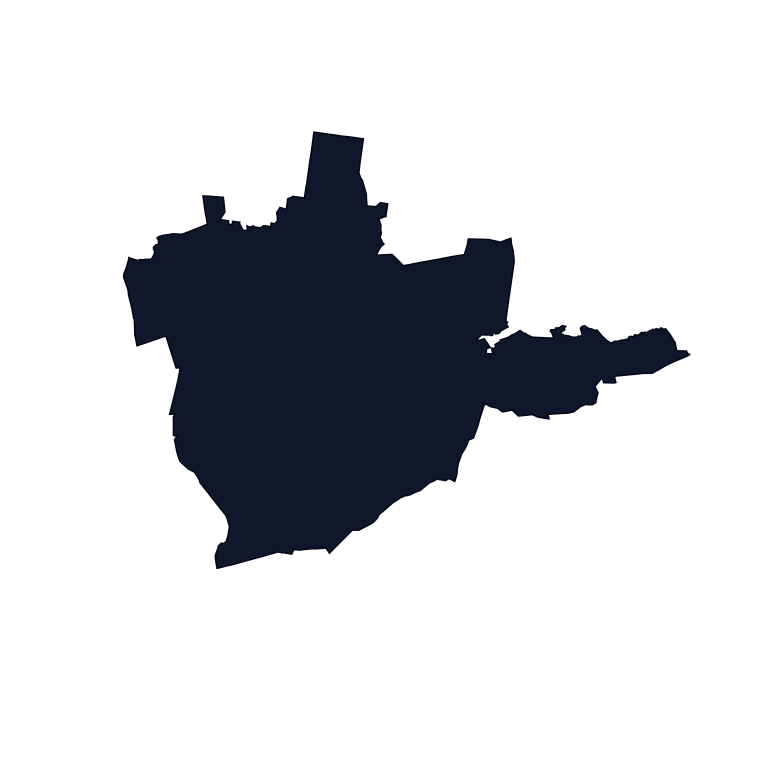 Zasas pag., Jekabpils, Latvia (Mercator projection), rotated 198°
{"feature_id": "27541924B5500268657762", "entity_name": "Zasas pag.", "entity_type": "district", "adm_level": 2, "iso_a3": "LVA", "parent_name": "Latvia", "parent_adm1": "Jekabpils", "projection": "mercator", "projection_center": [25.994, 56.276], "detail": "fine", "context": "isolated", "style": "filled", "palette": "ink", "viewbox_px": 768, "rotation_deg": 198, "n_neighbors": 0, "source": "geoboundaries", "source_scale": "gbopen_adm2", "svg_char_len": 6075}
<svg xmlns="http://www.w3.org/2000/svg" viewBox="0 0 768 768"><g transform="rotate(198 384 384)"><path d="M132.0,522.7L132.4,522.6L132.7,523.1L133.2,523.5L133.4,523.5L133.9,523.1L134.5,522.1L135.4,522.6L136.6,523.0L137.2,522.9L137.6,522.7L138.3,522.7L138.5,522.4L138.1,521.3L138.1,521.0L138.4,520.6L139.7,521.0L140.5,520.8L140.9,520.4L141.4,520.3L141.6,520.7L141.8,520.9L142.1,520.9L142.6,520.5L142.9,519.8L143.1,519.0L143.5,519.0L143.8,519.2L144.4,519.2L145.0,519.1L145.4,518.9L145.7,518.6L145.6,518.1L145.7,517.7L145.9,517.6L146.3,517.7L146.8,517.6L147.9,516.3L149.4,515.0L149.7,514.3L150.1,514.1L152.8,513.6L153.0,513.2L152.9,512.9L153.0,512.7L153.2,512.4L154.0,512.6L154.4,512.8L154.8,512.6L155.3,511.9L155.7,511.7L156.0,511.4L155.9,510.8L156.3,509.8L156.8,509.4L157.1,509.5L157.3,509.4L158.0,508.8L158.1,508.5L158.4,508.4L159.4,508.5L160.6,508.4L160.8,508.2L161.2,507.1L161.1,506.7L161.4,505.7L162.2,505.7L162.3,505.8L164.1,505.6L165.2,504.8L165.6,504.2L166.1,501.7L166.3,501.5L167.0,501.7L169.7,499.7L171.1,499.5L175.1,496.8L178.3,495.7L179.4,494.0L180.7,493.2L181.8,493.2L183.4,493.8L184.1,493.8L185.4,494.2L191.0,496.8L198.2,501.2L198.9,500.2L203.7,500.5L206.7,500.1L211.3,501.5L213.9,499.5L214.4,497.7L210.2,491.2L214.6,489.2L214.8,488.2L219.8,486.6L222.9,486.9L224.3,486.5L226.0,486.5L226.8,485.4L229.0,486.7L230.3,485.8L231.5,486.8L231.5,488.1L228.8,491.6L229.9,492.8L229.0,494.9L232.6,494.6L232.7,494.1L233.7,493.2L234.4,491.7L238.2,490.2L238.0,488.5L238.6,488.2L242.1,487.1L242.2,485.6L240.2,484.5L237.3,480.9L237.2,479.9L257.2,474.4L263.6,475.1L265.3,475.9L266.1,475.2L271.1,477.0L274.9,472.3L278.1,469.6L279.2,467.7L282.5,465.0L287.1,461.8L286.4,460.6L290.6,455.9L289.4,453.6L289.9,452.2L292.9,451.3L290.2,446.9L290.5,446.1L296.0,444.5L296.5,445.7L297.3,449.1L297.4,449.4L295.4,450.7L294.3,451.6L302.5,457.9L302.7,458.0L303.2,457.7L307.4,454.7L308.8,454.4L308.6,456.2L308.4,457.1L306.5,460.7L306.2,460.9L297.8,463.5L297.5,463.0L295.8,463.9L296.4,465.7L293.9,467.2L293.4,466.0L290.1,467.9L289.5,470.4L283.6,476.7L286.2,478.8L285.6,481.0L287.6,481.5L290.4,496.7L298.0,540.8L302.2,550.4L305.9,556.3L308.3,561.8L310.5,560.2L310.3,559.6L311.0,559.2L311.9,559.2L317.0,554.9L329.0,553.8L348.6,548.0L347.8,542.2L347.5,531.9L357.5,526.8L361.4,524.7L370.6,519.6L386.1,511.3L402.1,502.5L415.1,509.1L416.6,509.7L419.1,508.7L431.1,504.1L430.6,508.1L430.1,511.0L428.8,514.8L427.3,517.0L427.7,517.1L428.2,517.5L429.0,517.9L429.0,518.1L431.1,520.3L432.9,522.0L433.2,526.4L433.3,527.2L434.7,529.5L436.1,534.3L439.9,539.2L435.3,543.2L434.0,543.6L436.1,556.5L443.5,555.3L446.4,550.2L454.8,548.1L455.5,548.9L457.3,553.2L459.6,559.3L467.5,571.0L469.0,572.0L470.1,573.1L473.4,577.4L473.3,577.6L475.5,588.6L478.4,605.2L479.4,610.9L481.8,610.3L484.9,609.8L494.6,608.1L498.9,607.1L528.5,601.9L525.3,584.9L522.8,569.3L522.7,569.3L518.8,547.3L519.1,547.2L518.6,544.9L517.2,536.3L528.7,534.3L528.7,534.0L532.8,530.3L530.9,519.8L537.5,519.8L539.0,513.9L536.8,509.1L535.8,506.2L537.4,502.6L541.1,502.2L540.3,498.6L547.2,497.5L548.5,496.0L549.9,494.1L551.2,494.1L556.3,493.2L556.8,494.1L560.9,491.5L563.1,492.1L561.4,488.0L562.8,487.4L565.3,486.6L570.8,491.6L571.1,493.3L578.3,491.9L577.6,488.8L581.1,487.9L582.3,491.2L590.8,489.7L588.5,498.3L590.1,502.2L594.5,511.9L607.3,508.8L614.3,507.0L606.8,491.5L603.3,485.4L601.5,481.2L619.9,465.9L622.4,464.2L624.0,463.5L631.6,461.5L633.4,460.3L639.9,457.2L643.2,455.0L645.0,452.9L643.0,451.0L641.7,447.8L641.9,447.2L642.0,447.0L643.8,446.0L644.2,445.4L645.4,443.0L645.4,442.5L644.9,441.2L644.6,440.7L643.0,439.2L642.9,438.3L642.7,436.6L642.7,436.4L643.7,431.3L643.8,431.1L644.5,430.5L649.1,429.0L650.9,428.0L655.0,426.7L655.5,425.5L662.7,425.2L665.6,425.4L665.4,425.0L665.0,414.1L665.4,408.7L664.7,405.2L657.6,395.8L656.0,393.4L654.7,390.2L652.0,385.7L647.4,378.5L642.5,369.4L642.0,369.7L637.2,356.8L636.3,354.0L630.7,344.0L606.3,362.3L586.6,335.0L583.2,336.4L582.2,332.6L581.2,324.1L580.7,319.4L578.5,288.9L573.6,290.9L574.1,287.5L571.0,278.2L568.5,270.2L566.7,270.1L564.7,270.4L566.0,266.3L565.8,265.9L563.0,261.0L560.9,256.9L558.6,253.3L554.5,247.8L554.0,247.4L553.0,246.8L544.6,243.0L543.5,242.7L537.4,241.6L537.0,241.4L532.4,238.0L529.9,235.4L529.6,234.9L529.3,234.6L528.7,233.5L498.3,213.1L495.5,211.3L493.8,210.1L491.5,207.4L486.9,200.6L485.9,194.1L485.7,192.4L485.5,188.9L485.4,187.2L485.3,186.0L485.4,185.7L486.0,184.6L486.8,183.2L487.1,182.9L487.7,182.7L489.5,182.4L490.5,180.7L491.4,178.9L491.5,178.6L491.5,178.1L491.3,177.6L491.2,176.7L491.2,176.0L491.5,168.7L490.7,166.6L488.2,161.5L485.8,157.1L484.1,158.1L475.8,163.4L474.7,163.9L471.0,166.2L460.9,173.0L450.4,179.8L433.1,191.4L432.2,191.6L428.8,192.1L428.2,191.9L427.9,192.4L419.2,193.7L418.6,198.9L417.8,198.8L412.5,200.2L412.2,200.2L412.1,200.4L406.6,202.9L401.0,205.3L399.8,205.5L388.3,210.0L383.6,206.2L381.4,210.7L369.0,235.2L364.3,236.7L362.5,237.4L351.8,248.5L348.7,254.6L348.5,258.0L345.3,263.1L338.9,273.8L333.2,280.8L329.9,283.8L327.3,285.2L324.7,286.9L320.5,291.0L316.8,293.8L310.4,303.9L307.4,306.5L304.9,309.1L304.7,309.5L304.8,309.6L304.7,309.8L304.2,310.2L303.7,310.3L302.7,310.1L295.6,311.2L295.3,311.5L293.2,314.0L291.9,314.1L286.6,313.2L286.7,320.7L287.0,321.7L288.1,326.0L288.7,331.3L288.7,334.4L288.5,341.8L287.3,346.1L286.3,352.2L286.3,355.4L286.4,356.7L282.4,360.1L282.2,360.9L281.8,374.4L282.2,379.8L282.2,394.2L282.1,394.3L283.6,395.9L281.7,395.9L279.7,396.1L275.7,395.4L271.9,395.7L268.5,396.1L267.5,395.8L264.2,394.5L262.1,394.3L254.6,398.5L254.0,398.6L253.5,398.5L246.3,395.1L246.0,395.2L234.0,400.5L233.0,400.7L227.4,400.1L218.6,401.4L216.2,402.0L218.9,405.8L199.1,413.6L198.3,414.3L195.1,416.0L190.8,422.0L190.2,423.3L185.5,427.1L183.6,427.3L179.6,428.6L177.0,431.5L176.9,431.6L176.9,431.8L177.6,437.7L177.8,441.8L182.7,446.8L178.4,457.5L175.5,453.1L164.9,456.3L163.9,457.2L165.3,459.2L167.3,462.6L139.8,474.6L132.6,476.9L131.7,477.6L121.2,489.2L116.6,493.5L104.3,504.3L102.7,505.9L102.4,506.5L102.9,506.7L104.4,506.9L104.7,507.0L106.6,508.8L115.9,506.0L119.9,513.3L127.3,519.5L132.0,522.7Z" fill="#0f172a" stroke="#020617" stroke-width="1.5"/></g></svg>